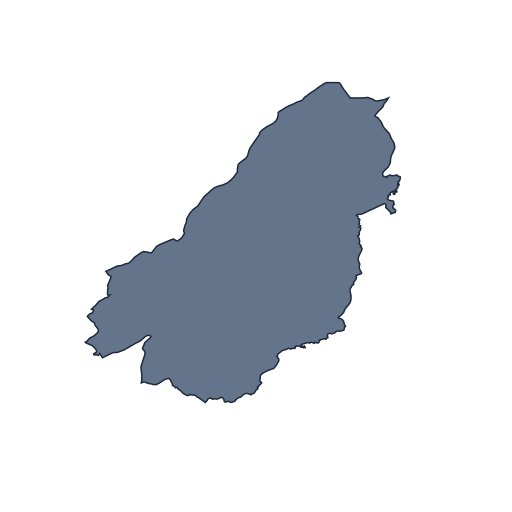 Sovata, Mures, Romania (Natural Earth projection), rotated 332°
{"feature_id": "2599482B16228815220694", "entity_name": "Sovata", "entity_type": "district", "adm_level": 2, "iso_a3": "ROU", "parent_name": "Romania", "parent_adm1": "Mures", "projection": "natural_earth1", "projection_center": [25.148, 46.633], "detail": "fine", "context": "isolated", "style": "filled", "palette": "slate", "viewbox_px": 512, "rotation_deg": 332, "n_neighbors": 0, "source": "geoboundaries", "source_scale": "gbopen_adm2", "svg_char_len": 6074}
<svg xmlns="http://www.w3.org/2000/svg" viewBox="0 0 512 512"><g transform="rotate(332 256 256)"><path d="M186.5,376.2L186.9,375.7L189.2,376.2L190.6,376.0L193.7,374.1L194.8,374.3L196.1,373.0L195.8,372.3L196.0,372.1L197.7,372.1L201.5,370.7L201.4,369.9L200.6,368.4L203.6,363.9L204.7,363.1L207.6,362.6L212.8,362.7L218.7,363.6L221.5,362.6L225.3,360.4L226.6,359.5L227.4,358.6L227.7,357.6L227.4,356.1L227.6,355.0L227.2,354.3L228.1,354.1L229.3,352.9L235.3,351.8L238.4,352.6L241.6,352.9L242.1,353.2L242.8,354.4L245.6,354.9L246.6,355.8L247.1,355.8L247.8,355.1L247.9,354.5L248.4,354.3L251.2,355.3L252.1,356.0L252.4,356.9L252.9,357.6L254.6,358.7L255.0,359.4L255.4,359.4L256.4,360.1L256.7,359.8L256.3,359.0L256.4,358.2L255.4,358.4L254.0,356.3L254.1,355.7L254.9,355.5L258.9,356.2L262.2,357.3L262.4,358.1L264.2,357.9L265.8,359.6L266.1,360.4L266.7,360.4L267.5,359.8L268.5,361.0L269.5,361.4L270.3,362.1L272.5,360.7L272.4,360.1L272.7,360.0L277.0,361.0L278.0,361.4L278.4,362.1L279.1,362.3L279.7,361.7L281.2,361.8L281.3,361.6L281.4,360.3L281.9,359.7L281.9,359.1L283.2,358.6L284.9,358.9L285.9,360.0L286.6,360.4L289.9,360.8L291.8,360.3L293.4,360.7L294.3,361.5L296.0,362.2L297.9,362.6L299.2,362.5L299.8,361.4L301.0,360.4L302.1,360.1L301.9,358.1L302.7,354.7L302.2,352.3L299.6,349.1L299.6,348.8L302.6,348.4L306.9,347.0L309.6,344.7L316.7,341.7L317.5,341.1L319.5,338.9L321.0,336.2L321.5,335.1L322.3,331.8L323.2,329.7L327.6,326.8L328.1,327.1L328.9,327.0L329.0,326.4L329.6,325.8L329.6,325.2L332.9,323.8L334.1,322.8L334.7,321.9L334.7,320.9L335.0,320.6L337.0,320.5L341.0,321.0L341.4,319.9L341.2,317.5L341.4,315.8L342.3,313.6L343.3,312.7L343.9,311.5L344.2,308.0L345.0,306.3L347.0,304.1L352.2,300.4L353.1,299.3L353.0,298.5L353.2,297.7L352.6,297.0L353.5,296.5L353.4,295.0L352.9,294.3L353.0,293.3L353.8,292.6L354.7,291.1L355.5,287.8L355.1,286.1L357.1,285.8L357.7,285.0L358.1,283.6L361.0,281.5L361.7,280.1L361.5,279.5L361.0,279.2L361.5,279.2L361.7,278.7L362.5,278.5L361.7,277.3L361.7,276.1L362.2,275.7L362.8,275.6L363.4,273.9L364.0,273.2L364.7,272.8L364.5,271.6L363.7,270.5L364.4,269.1L363.9,267.2L365.5,267.2L367.9,268.3L369.8,268.7L393.9,270.0L394.7,270.6L394.8,271.5L393.3,274.2L394.5,277.5L394.7,278.8L395.2,279.7L395.1,280.5L395.4,281.0L394.8,281.9L395.6,282.4L396.8,282.2L397.7,282.6L399.4,282.8L400.8,281.4L400.6,279.9L399.9,279.3L399.9,278.5L399.5,278.2L399.5,277.4L399.9,277.1L400.2,276.3L401.6,275.2L402.3,275.3L402.3,274.4L403.2,272.1L399.6,269.2L398.9,267.2L400.7,265.9L400.9,265.6L400.7,264.9L400.9,264.7L401.8,264.4L402.9,265.2L403.3,265.1L404.1,263.3L405.5,263.3L406.4,263.0L407.2,263.1L407.2,264.4L406.6,264.8L406.4,265.2L406.5,266.1L406.8,266.5L407.8,266.5L408.8,264.9L409.5,264.9L410.0,265.5L410.6,265.5L410.7,264.5L408.7,264.5L408.5,264.3L408.6,263.7L409.7,263.6L410.2,263.0L412.0,262.9L412.3,262.6L413.4,262.1L413.9,261.3L414.0,260.6L414.6,259.7L415.0,260.7L415.8,260.4L416.1,258.9L415.4,258.7L415.9,257.4L416.3,257.2L417.2,257.4L418.2,256.8L420.2,254.9L420.2,254.2L420.5,253.8L419.1,252.3L418.7,251.1L418.0,250.3L416.4,250.3L415.5,249.6L413.8,249.1L412.3,247.3L410.7,247.5L409.5,247.0L408.8,247.2L408.3,248.0L407.7,247.7L407.2,246.6L405.8,245.2L406.2,243.1L406.9,242.2L408.5,241.3L414.2,239.6L417.6,237.4L418.7,236.2L420.6,233.2L422.2,231.3L428.8,226.3L430.0,224.4L430.9,220.3L430.6,216.0L431.2,210.4L429.3,203.1L429.1,201.4L429.4,198.0L429.4,195.6L428.9,193.7L428.7,191.9L428.4,190.8L426.7,188.7L426.7,188.2L427.3,187.6L432.1,185.7L437.4,184.1L438.3,183.7L440.9,181.4L443.6,180.6L447.2,178.6L442.7,178.2L435.3,175.9L433.6,174.2L433.0,172.8L429.2,168.5L424.5,166.6L413.4,160.7L411.6,149.3L411.2,142.9L410.4,141.7L399.7,136.0L397.6,135.8L390.1,136.4L386.7,137.1L379.3,137.7L376.4,138.4L373.7,138.6L370.5,140.0L369.7,140.2L363.6,139.3L360.9,139.4L356.0,138.9L353.2,138.8L343.8,139.4L342.9,139.7L342.0,141.6L340.3,143.6L338.8,145.0L336.5,146.2L333.3,147.0L326.5,146.9L321.2,147.5L317.0,148.8L316.3,150.2L302.0,157.5L299.3,159.6L295.9,163.3L293.4,164.8L285.5,166.1L283.3,166.8L280.3,170.6L279.1,173.0L273.6,175.8L270.1,177.0L265.2,178.0L260.3,177.7L255.0,176.5L250.6,176.2L237.8,179.3L227.9,184.6L222.7,185.3L217.8,187.1L212.2,190.7L211.2,192.3L209.3,194.5L207.9,195.4L204.0,199.5L203.4,202.5L199.0,205.1L194.0,205.9L193.2,205.7L191.2,202.4L190.5,202.0L176.6,200.7L172.8,200.8L165.9,203.9L164.6,204.0L162.1,201.7L158.8,199.3L155.6,199.2L148.2,200.1L142.6,202.1L140.1,202.5L137.3,201.7L132.4,201.1L128.7,199.7L116.2,199.1L116.8,202.8L117.0,203.7L117.9,204.9L118.2,206.0L118.1,206.6L111.0,212.5L110.6,214.4L109.4,215.8L106.9,220.0L106.9,221.2L108.5,221.8L107.5,222.0L106.3,222.9L103.5,222.2L98.3,222.4L96.0,222.3L91.9,224.1L85.7,225.7L86.9,227.1L87.0,227.9L86.0,228.8L84.2,229.4L82.4,229.0L78.8,230.0L79.0,231.8L79.4,233.0L80.1,236.0L81.6,238.4L81.8,239.6L81.4,242.0L82.0,244.7L82.2,246.9L81.7,248.2L80.4,249.1L77.8,249.9L75.0,250.5L70.9,250.4L66.0,252.0L64.8,251.9L64.8,252.6L69.1,257.9L70.0,260.0L70.8,263.6L70.8,264.8L70.1,265.8L68.9,266.1L66.9,266.1L66.6,266.4L66.5,267.2L67.2,267.8L68.3,267.8L70.2,269.8L72.3,268.7L72.7,273.8L83.6,274.1L85.3,274.6L88.4,276.1L95.7,277.0L108.5,276.5L113.6,276.7L120.8,275.1L122.3,275.1L124.1,275.7L125.1,276.7L125.5,277.7L123.9,278.6L117.3,280.2L112.4,284.3L112.3,285.3L113.0,288.1L112.1,290.3L103.2,299.0L102.0,300.5L99.2,307.8L97.0,311.7L95.1,314.2L97.6,314.5L98.6,315.0L100.8,317.7L104.1,320.3L105.0,321.4L106.8,322.2L107.6,322.9L108.8,322.6L110.2,322.9L117.4,322.2L121.3,322.9L121.5,323.5L121.9,323.8L122.1,325.1L122.1,329.8L121.6,330.6L121.4,331.1L121.9,331.4L122.5,332.5L123.1,334.7L124.4,334.7L124.8,336.8L126.4,340.1L127.0,342.7L128.9,345.9L130.4,347.3L131.0,347.5L132.7,347.2L132.8,347.6L136.5,350.1L137.1,350.9L137.7,352.5L138.9,354.4L142.5,361.6L144.8,360.7L146.6,359.6L147.4,359.6L149.2,360.1L149.6,360.4L150.5,362.2L152.5,362.6L154.1,363.9L156.1,364.4L157.5,364.3L158.7,364.5L159.9,365.3L160.3,367.7L159.7,369.4L160.1,370.4L160.7,370.8L163.0,371.0L164.6,373.0L165.7,373.8L168.9,374.3L172.7,372.9L174.7,373.0L176.3,373.5L178.8,372.6L182.0,372.5L183.1,372.8L184.2,373.7L186.5,376.2Z" fill="#64748b" stroke="#1e293b" stroke-width="1.5"/></g></svg>